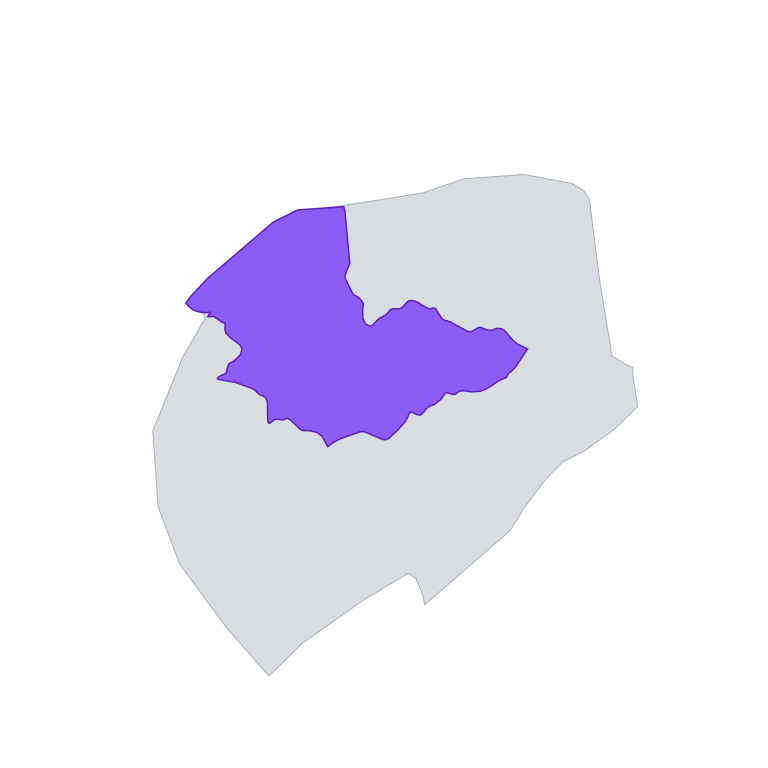 location of Manzini within eSwatini, rotated 50°
{"feature_id": "SWZ-536", "entity_name": "Manzini", "entity_type": "District", "adm_level": 1, "iso_a3": "SWZ", "parent_name": "eSwatini", "parent_adm1": "", "projection": "natural_earth1", "projection_center": [31.309, -26.515], "detail": "fine", "context": "in_parent", "style": "filled", "palette": "violet", "viewbox_px": 768, "rotation_deg": 50, "n_neighbors": 0, "source": "natural_earth", "source_scale": "10m", "svg_char_len": 3040}
<svg xmlns="http://www.w3.org/2000/svg" viewBox="0 0 768 768"><g transform="rotate(50 384 384)"><path d="M531.3,182.7L537.3,187.8L564.3,204.2L566.7,236.6L564.1,273.8L558.6,297.2L560.6,320.5L569.2,356.8L577.4,381.7L579.2,494.8L570.1,489.6L553.4,484.7L544.6,487.0L536.4,537.7L530.1,613.0L533.7,659.9L470.4,661.3L390.4,656.2L333.1,636.0L271.3,591.3L234.5,521.8L218.4,478.1L195.9,475.6L192.2,468.1L190.2,414.8L190.6,358.9L194.7,344.0L236.4,275.1L262.2,232.2L278.3,190.8L313.4,142.2L351.0,111.2L365.0,106.7L374.6,108.0L440.8,150.7L508.8,191.2L523.5,186.6L531.3,182.7Z" fill="#d9dde1" stroke="#a8b0b8" stroke-width="1"/><path d="M194.6,483.9L192.6,475.7L189.7,451.4L189.2,402.5L188.8,364.8L195.1,338.3L222.3,300.9L225.9,302.5L269.2,332.4L270.1,333.4L270.9,334.8L273.4,340.0L275.6,343.7L276.9,345.2L278.7,346.1L280.3,346.3L293.6,349.6L296.6,349.8L299.1,348.5L300.9,347.9L303.5,347.7L307.3,347.9L309.0,348.2L310.0,348.8L311.5,350.7L313.9,353.1L320.1,357.9L323.6,359.1L326.8,359.2L329.2,358.4L330.7,357.2L331.5,355.6L331.4,353.0L330.7,347.1L331.0,343.8L331.7,340.6L332.1,337.4L331.7,334.6L331.2,332.2L331.3,330.4L332.2,328.6L335.6,325.0L336.6,323.1L337.0,321.1L336.8,318.3L336.1,313.7L336.2,311.9L336.9,310.4L338.1,308.8L340.0,307.3L342.8,305.8L351.6,302.9L354.6,301.5L355.8,300.7L356.3,300.1L356.8,298.6L357.4,297.6L358.4,296.3L359.7,296.0L369.9,297.5L372.6,297.2L374.6,296.4L376.3,295.0L379.4,293.2L396.5,286.5L398.6,285.2L399.4,284.3L399.9,283.3L400.4,281.8L401.3,275.9L402.0,274.2L403.3,273.2L408.0,270.7L410.7,268.7L411.6,267.4L412.3,266.2L413.9,262.0L415.3,260.3L417.7,258.2L420.0,257.5L421.9,257.3L433.6,257.1L439.7,255.9L449.4,251.4L455.4,272.1L456.2,278.8L455.8,281.0L456.2,282.8L457.6,285.8L455.1,295.0L454.4,303.9L453.3,309.4L451.5,314.8L448.7,318.8L445.9,322.3L440.2,327.6L438.2,330.3L437.8,332.8L437.7,335.8L436.8,337.4L435.0,338.8L431.2,341.2L430.6,342.2L430.6,343.7L431.8,348.2L432.3,351.1L431.9,359.4L430.4,362.9L430.1,365.6L430.1,367.7L431.1,371.5L431.2,373.4L431.1,376.3L429.2,378.0L426.7,379.4L424.0,380.5L422.5,381.8L422.8,383.8L425.3,388.5L426.5,392.2L428.1,403.0L428.8,415.7L427.6,418.8L425.5,420.8L408.4,429.5L407.2,430.5L406.0,431.9L405.0,433.7L398.1,452.0L396.2,460.3L395.9,467.4L384.1,465.1L378.1,466.5L373.4,469.8L371.4,471.6L369.6,473.8L367.2,476.3L364.4,477.4L350.7,478.9L348.7,479.8L347.6,480.8L347.4,482.3L346.8,483.8L345.7,485.4L342.9,487.7L341.8,489.3L341.1,490.8L340.9,492.3L340.6,497.2L339.7,497.5L337.8,497.0L324.4,486.1L321.3,484.2L317.9,483.5L315.1,484.5L312.5,486.0L310.0,486.6L306.7,486.6L302.8,487.8L287.1,496.9L274.0,508.0L272.8,508.3L272.3,507.4L272.4,505.7L272.7,503.8L273.8,500.4L274.1,499.1L273.9,497.7L269.8,491.9L268.9,490.2L268.8,488.8L269.3,487.2L269.8,484.8L269.8,481.8L269.4,476.7L268.9,474.7L268.0,473.0L265.5,470.2L262.8,469.5L260.1,469.5L249.9,471.9L243.2,472.3L239.8,470.7L236.6,467.7L235.3,466.7L234.6,466.7L234.2,467.5L233.0,468.2L223.1,470.9L219.0,475.7L217.5,471.0L214.1,475.5L209.6,479.6L204.6,482.6L199.7,483.6L194.6,483.9Z" fill="#8b5cf6" stroke="#5b21b6" stroke-width="1.5"/></g></svg>